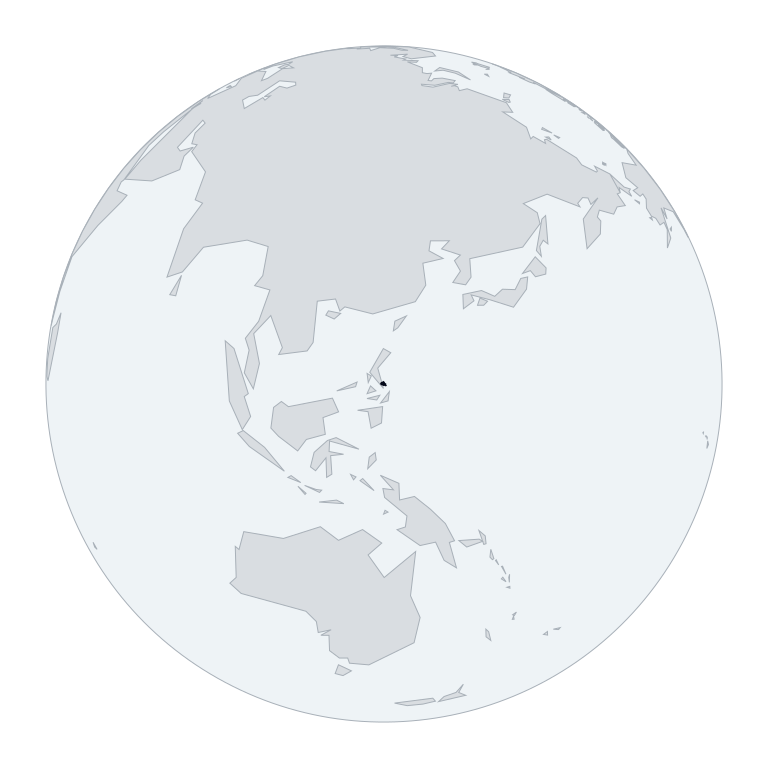 Albay highlighted on a globe, orthographic projection, rotated 28°
{"feature_id": "PHL-2536", "entity_name": "Albay", "entity_type": "Province", "adm_level": 1, "iso_a3": "PHL", "parent_name": "Philippines", "parent_adm1": "", "projection": "orthographic", "projection_center": [123.793, 13.252], "detail": "fine", "context": "on_globe", "style": "filled", "palette": "ink", "viewbox_px": 768, "rotation_deg": 28, "n_neighbors": 0, "source": "natural_earth", "source_scale": "10m", "svg_char_len": 10501}
<svg xmlns="http://www.w3.org/2000/svg" viewBox="0 0 768 768"><g transform="rotate(28 384 384)"><circle cx="384" cy="384" r="338" fill="#eef3f6" stroke="#a8b0b8"/><path d="M653.9,516.4L653.5,518.6L653.2,519.0L653.9,516.4ZM581.2,109.6L558.5,96.1L548.4,97.2L556.5,105.4L545.9,98.4L568.7,120.5L570.4,130.9L561.6,114.7L555.3,109.8L553.1,114.0L546.2,110.1L541.2,110.2L533.2,105.5L528.6,97.6L523.3,94.7L522.0,98.0L513.2,96.2L515.9,91.6L500.7,88.3L490.3,76.8L503.9,72.4L491.3,65.9L487.9,62.5L512.5,71.5L536.4,82.4L559.3,95.1L581.2,109.6ZM699.3,289.4L696.5,282.2L698.9,285.1L699.3,289.4ZM694.3,279.1L695.4,281.3L694.3,279.7L694.3,279.1ZM693.2,278.8L694.0,279.0L693.4,279.5L693.2,278.8ZM692.0,279.4L692.5,278.7L692.6,279.1L692.0,279.4ZM689.2,277.9L688.4,277.3L688.6,276.0L689.2,277.9ZM578.3,108.1L575.8,106.2L584.1,111.9L582.9,111.2L578.3,108.1ZM563.8,112.8L564.1,110.6L566.1,114.3L563.8,112.8ZM541.9,111.1L544.0,113.2L540.5,112.5L541.9,111.1ZM525.0,104.9L518.7,103.7L524.3,103.5L525.0,104.9ZM514.6,102.0L499.4,100.1L502.8,104.2L484.8,92.5L503.6,97.4L510.0,96.2L509.9,99.1L514.6,102.0ZM476.8,59.1L487.8,62.5L485.4,62.2L478.4,59.7L479.4,60.9L467.1,57.5L463.8,56.1L467.8,56.8L460.1,55.1L463.7,55.6L476.8,59.1ZM477.3,86.8L473.0,85.6L476.6,85.4L477.3,86.8ZM457.3,54.1L456.1,53.9L446.2,51.9L449.9,52.6L450.9,52.8L457.3,54.1ZM485.7,63.2L482.6,63.1L471.9,60.1L469.2,59.7L466.6,57.4L485.7,63.2ZM447.4,52.1L441.2,51.0L437.9,50.4L447.4,52.1ZM459.8,54.8L458.5,54.7L456.0,54.0L459.8,54.8ZM439.2,50.7L440.7,51.0L441.2,51.1L436.3,50.3L439.2,50.7ZM459.2,55.8L455.4,54.8L459.8,56.5L451.9,54.9L451.6,53.9L448.4,53.7L446.0,53.2L448.4,53.0L459.2,55.8ZM426.1,48.7L436.2,50.2L432.8,50.2L429.7,49.2L419.1,47.9L426.1,48.7ZM441.8,51.8L436.2,50.7L439.1,50.9L444.7,51.8L441.8,51.8ZM446.6,54.4L458.8,57.1L458.4,57.3L446.6,54.4ZM429.1,49.7L430.0,50.0L428.1,49.6L429.1,49.7ZM440.6,52.7L445.0,53.5L444.4,53.7L440.6,52.7ZM428.0,50.2L427.0,49.7L430.8,50.2L428.0,50.2ZM433.3,51.3L431.5,51.4L432.7,50.6L435.3,51.6L433.3,51.3ZM439.4,52.8L440.5,53.2L437.7,52.5L439.4,52.8ZM414.3,49.4L414.9,48.3L423.2,49.0L421.5,49.9L414.3,49.4ZM100.2,200.6L95.0,209.6L94.2,214.7L113.1,190.2L114.5,181.0L125.4,167.0L133.0,163.5L133.4,173.7L137.7,168.8L146.4,153.2L155.7,147.3L150.5,147.4L145.8,153.4L142.4,154.1L146.5,148.8L149.6,146.6L152.1,142.3L136.6,155.4L130.1,162.9L131.0,160.0L120.3,172.7L119.2,174.0L136.6,153.8L155.5,135.0L175.9,117.8L197.5,102.2L193.4,105.5L195.7,104.3L206.1,98.0L202.7,101.0L213.8,94.3L215.7,95.9L222.6,88.9L235.1,83.0L243.3,80.9L248.6,78.1L235.2,81.8L228.7,84.7L221.2,88.9L204.7,97.7L224.5,86.1L226.5,85.0L247.8,74.7L271.2,68.5L275.5,70.2L255.5,84.0L247.0,86.0L250.0,81.7L235.3,90.7L242.2,87.5L239.4,90.4L250.5,86.9L249.1,88.9L262.3,82.6L261.7,84.7L253.4,88.6L269.4,86.7L271.7,91.1L276.1,89.8L280.1,87.2L280.4,95.3L283.6,94.1L284.7,90.9L291.8,86.6L304.4,82.7L303.8,85.7L299.2,87.5L288.6,96.4L276.3,101.7L277.4,102.7L287.9,98.9L300.8,87.8L308.6,84.7L303.6,89.6L306.0,87.6L309.7,87.0L312.8,89.6L318.8,84.3L360.0,78.2L370.1,83.7L361.1,88.0L389.3,90.4L398.5,98.7L399.5,95.4L413.7,95.7L411.0,93.0L412.6,91.6L447.9,94.0L455.7,97.7L472.0,97.2L472.5,95.8L467.7,92.8L484.8,92.5L502.8,104.2L500.7,106.6L513.3,113.2L506.7,118.2L507.1,126.2L492.5,129.4L494.0,136.4L498.9,138.3L504.6,150.0L499.8,169.2L482.5,144.8L485.5,119.2L482.4,128.3L476.8,124.0L471.8,126.2L470.2,133.5L473.9,135.6L438.9,139.8L422.3,159.3L438.9,160.8L446.5,169.2L442.2,198.0L400.9,233.1L410.7,248.8L409.5,258.1L397.1,262.1L398.5,248.4L388.3,242.0L390.9,234.3L371.4,237.7L374.4,226.9L357.8,235.8L361.2,245.3L377.3,245.4L361.6,259.1L374.5,277.1L373.0,296.6L341.2,327.4L313.2,334.3L310.8,340.3L301.3,331.7L286.2,342.2L301.9,380.6L300.6,390.9L277.2,407.4L277.2,399.6L251.9,376.7L245.3,400.7L264.4,424.4L270.9,449.6L255.4,439.7L249.0,417.4L240.1,408.7L243.9,387.5L239.1,354.5L223.6,357.9L226.1,345.3L217.2,317.0L195.6,321.2L160.4,348.0L153.4,379.7L142.2,391.5L134.2,341.0L138.9,309.5L130.8,310.0L126.8,280.5L105.1,269.1L106.6,260.5L101.5,262.1L99.4,251.1L103.6,237.6L100.2,236.1L90.5,272.0L94.6,274.0L104.5,264.4L100.5,276.6L103.0,290.6L83.7,313.7L59.0,324.8L64.3,300.5L85.8,230.3L89.5,224.1L90.0,223.4L90.7,221.9L84.7,231.5L91.0,218.7L71.1,264.6L64.4,283.7L58.5,325.9L57.1,328.9L57.6,338.7L68.5,338.0L66.8,345.8L56.9,378.4L48.7,418.1L54.3,454.3L61.3,483.4L62.7,488.6L55.8,464.6L50.8,440.1L47.5,415.3L46.1,390.3L46.6,365.3L48.9,340.4L53.0,315.7L59.0,291.4L66.7,267.7L76.2,244.5L87.4,222.1L100.2,200.6ZM125.8,199.7L131.3,206.4L142.6,187.9L145.6,189.3L148.4,183.0L143.4,186.6L152.1,170.1L159.4,168.3L165.8,161.5L164.3,159.0L149.5,165.3L136.9,188.3L129.8,193.5L125.8,199.7ZM402.2,46.6L403.9,46.7L397.5,46.4L404.6,46.9L394.3,46.6L395.9,46.9L387.3,47.5L374.1,47.6L376.9,48.0L370.5,49.1L359.2,49.7L365.1,48.5L348.5,50.4L350.0,49.2L348.0,49.6L344.8,49.3L337.4,49.7L339.7,49.2L335.9,49.7L333.7,49.9L329.2,50.6L330.1,50.4L354.0,47.4L378.1,46.1L402.2,46.6ZM411.6,49.5L395.4,48.6L388.3,47.9L406.1,47.3L406.1,47.1L417.3,47.7L427.4,49.1L423.2,48.6L421.6,48.6L419.1,48.2L419.8,48.6L414.2,48.2L413.2,48.6L408.2,48.1L411.6,49.5ZM310.1,58.7L314.6,57.2L316.2,57.2L328.3,54.9L328.1,56.2L320.7,58.0L310.1,58.7ZM109.5,193.1L105.8,196.5L107.6,193.2L108.5,192.6L109.5,193.1ZM113.2,181.9L109.7,186.9L111.8,183.8L113.2,181.9ZM312.0,59.6L317.0,58.4L313.8,59.9L312.0,59.6ZM328.6,57.1L326.0,58.5L329.5,56.1L328.6,57.1ZM201.4,660.3L208.3,664.7L205.1,663.8L201.4,660.3ZM71.7,491.8L85.8,538.9L82.6,535.4L75.1,519.3L65.1,489.6L66.6,484.9L65.4,472.7L71.7,491.8ZM356.0,514.7L366.5,517.1L366.1,518.6L356.0,514.7ZM345.0,508.5L356.8,510.1L343.0,511.6L345.0,508.5ZM361.5,510.8L373.6,509.0L378.8,507.0L378.0,510.0L361.5,510.8ZM337.0,507.8L294.4,502.4L277.9,496.2L281.6,491.2L308.3,496.0L337.0,507.8ZM280.3,490.8L255.4,471.6L223.5,420.4L234.9,423.1L268.7,456.2L266.5,460.7L281.5,475.3L280.3,490.8ZM341.5,469.4L339.2,483.6L315.5,479.7L304.8,476.0L297.5,456.5L301.6,447.6L310.2,448.9L345.1,420.7L357.0,429.9L345.9,442.3L355.8,456.0L341.5,469.4ZM154.2,383.1L158.7,403.9L152.9,405.7L154.2,383.1ZM360.2,399.7L345.5,412.3L359.3,394.9L360.2,399.7ZM369.0,382.9L369.4,390.1L364.1,382.6L369.0,382.9ZM309.5,350.0L300.3,350.5L300.6,345.5L312.6,342.0L309.5,350.0ZM371.8,313.4L369.8,327.9L367.3,332.7L364.1,323.4L371.8,313.4ZM317.6,74.9L301.0,76.1L288.9,79.2L281.9,83.8L284.6,78.4L303.2,73.6L317.6,74.9ZM354.8,77.1L360.9,74.1L363.1,75.8L362.0,76.8L354.8,77.1ZM355.1,75.0L353.4,70.7L360.0,69.3L360.0,72.9L355.1,75.0ZM332.0,63.2L327.1,63.3L329.8,61.9L332.0,63.2ZM574.6,638.5L578.3,639.9L568.7,648.3L555.5,657.1L543.1,660.8L574.6,638.5ZM476.8,662.6L475.6,653.3L489.9,652.6L484.7,660.7L476.8,662.6ZM583.8,631.7L592.4,622.5L595.0,611.8L594.8,621.3L602.3,620.5L581.3,638.8L583.8,631.7ZM421.8,621.3L356.2,636.0L341.4,632.2L344.3,624.2L328.9,597.2L333.7,598.2L329.5,580.2L367.7,567.6L394.8,539.9L417.2,543.4L433.4,522.6L456.7,525.5L450.2,542.4L475.0,554.8L490.6,517.0L506.8,558.5L525.5,573.2L532.0,598.3L502.5,639.1L484.6,646.7L480.6,643.0L473.3,646.9L461.1,645.0L453.4,631.7L446.2,635.5L452.7,625.8L442.6,634.3L435.8,625.5L421.8,621.3ZM589.0,552.6L592.7,553.6L598.7,560.3L592.8,559.3L589.0,552.6ZM644.5,525.8L646.3,528.9L642.4,530.2L644.5,525.8ZM653.2,519.0L648.6,521.0L653.9,516.4L653.2,519.0ZM607.4,528.2L609.3,530.6L607.8,531.6L607.4,528.2ZM605.9,527.4L608.0,523.2L607.8,527.3L605.9,527.4ZM587.9,505.8L590.1,503.6L591.1,505.2L587.9,505.8ZM382.1,518.7L396.6,508.8L404.7,508.5L382.1,518.7ZM584.6,501.3L579.1,501.0L579.6,498.8L584.6,501.3ZM584.9,496.1L584.2,493.0L587.8,500.3L584.9,496.1ZM574.2,489.2L581.0,494.7L573.4,489.9L574.2,489.2ZM570.2,489.9L565.3,487.5L565.6,486.5L570.2,489.9ZM516.1,493.2L534.3,512.3L519.9,511.5L503.8,499.4L491.7,509.7L463.9,506.5L470.0,500.2L466.2,489.7L437.8,483.9L432.1,476.8L442.1,473.0L423.6,466.3L443.8,464.7L452.2,479.1L463.7,469.0L483.9,472.8L503.7,478.4L519.9,489.3L516.1,493.2ZM444.2,495.0L447.7,495.2L444.7,499.1L444.2,495.0ZM555.9,479.8L563.0,486.6L562.2,488.2L558.8,487.1L555.9,479.8ZM523.6,487.1L540.9,476.3L545.0,476.6L533.6,489.1L523.6,487.1ZM536.6,468.8L544.7,470.6L549.1,477.1L547.4,478.8L536.6,468.8ZM402.9,479.2L402.1,482.9L396.9,479.5L402.9,479.2ZM409.6,477.5L425.3,482.8L408.2,480.6L409.6,477.5ZM362.7,459.9L367.2,469.4L381.3,465.0L370.5,472.3L380.3,488.1L377.2,493.4L367.4,476.4L364.3,492.7L358.0,491.7L354.4,477.2L360.6,460.4L366.9,453.8L392.5,453.3L362.7,459.9ZM409.4,466.4L405.3,455.5L408.4,448.7L412.8,454.7L409.4,466.4ZM393.4,429.1L382.9,415.9L373.0,419.6L393.4,404.6L400.1,419.6L393.4,429.1ZM385.1,401.5L375.8,404.8L385.6,395.9L385.1,401.5ZM373.6,400.5L373.0,392.0L380.1,393.8L373.6,400.5ZM389.9,402.4L392.3,388.2L395.5,397.0L389.9,402.4ZM371.0,372.9L385.6,388.2L365.9,380.3L366.8,353.0L375.3,353.2L371.0,372.9ZM429.6,270.6L428.4,263.1L436.6,262.3L435.1,267.6L429.6,270.6ZM462.3,255.4L438.4,259.8L419.1,264.4L424.4,268.3L418.8,280.3L411.6,267.9L426.2,255.7L440.6,254.6L444.1,244.7L455.5,239.1L455.2,226.6L460.6,222.0L465.3,233.3L462.3,255.4ZM454.4,221.4L457.8,200.7L472.6,205.4L475.2,211.0L467.4,218.2L460.0,215.2L454.4,221.4ZM463.0,197.4L455.9,194.6L446.0,164.3L447.6,159.4L463.0,183.4L457.1,182.3L456.9,189.3L463.0,197.4ZM473.6,87.2L473.0,85.7L476.2,87.5L473.6,87.2ZM410.8,90.1L413.5,88.5L417.1,90.1L410.8,90.1ZM422.8,85.2L416.9,84.4L423.4,83.9L422.8,85.2ZM403.5,83.2L414.6,83.5L403.6,85.1L403.5,83.2Z" fill="#d9dde1" stroke="#a8b0b8" stroke-width="1"/><path d="M382.9,382.4L383.3,382.6L383.5,383.0L383.6,383.3L383.7,383.5L383.8,383.6L384.0,383.7L384.1,383.8L384.2,384.1L384.3,384.1L384.0,384.1L383.9,384.2L383.8,384.3L383.8,384.5L383.9,384.8L383.7,384.9L383.7,385.0L383.8,385.0L383.7,385.1L383.9,385.2L384.0,385.2L384.4,384.8L384.4,384.7L384.5,384.6L384.8,384.7L384.8,384.8L384.7,385.1L384.3,385.2L384.0,385.3L383.8,385.3L383.6,385.2L383.4,385.2L383.2,385.2L382.6,385.4L382.4,385.5L382.2,385.6L382.0,385.3L381.9,385.3L381.8,385.2L381.7,385.2L381.5,385.3L381.3,385.4L381.2,385.4L381.1,385.2L381.0,384.8L381.2,384.3L381.2,384.1L382.0,383.3L382.3,383.3L382.3,383.2L382.6,383.3L382.8,383.3L382.8,383.1L382.9,382.9L382.8,382.7L382.7,382.7L382.6,382.4L382.8,382.4L382.9,382.4ZM385.7,384.0L385.4,384.2L385.2,384.1L384.8,384.0L384.7,384.0L384.7,383.9L385.0,383.8L385.3,383.8L385.5,383.8L385.7,384.0ZM384.6,383.9L384.6,384.0L384.4,384.0L384.3,383.9L384.3,383.7L384.3,383.4L384.6,383.5L384.6,383.8L384.6,383.9ZM386.0,384.4L385.8,384.4L385.6,384.3L385.6,384.2L385.8,384.1L386.0,384.1L386.3,384.2L386.4,384.3L386.3,384.5L386.1,384.4L386.0,384.4ZM384.1,383.3L383.9,383.2L384.0,383.1L384.2,383.3L384.3,383.3L384.2,383.4L384.1,383.3Z" fill="#0f172a" stroke="#020617" stroke-width="1.5"/></g></svg>